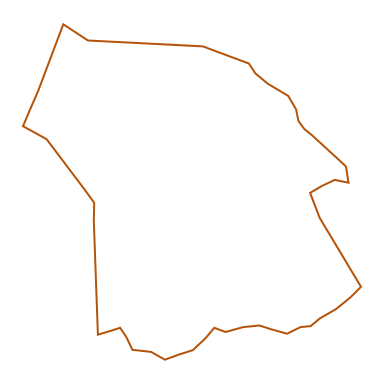 outline of Pedro Régis, Paraíba, Brazil
{"feature_id": "56859067B44809734962782", "entity_name": "Pedro Régis", "entity_type": "district", "adm_level": 2, "iso_a3": "BRA", "parent_name": "Brazil", "parent_adm1": "Paraíba", "projection": "albers", "projection_center": [-35.282, -6.668], "detail": "fine", "context": "isolated", "style": "outline", "palette": "amber", "viewbox_px": 384, "rotation_deg": 0, "n_neighbors": 0, "source": "geoboundaries", "source_scale": "gbopen_adm2", "svg_char_len": 708}
<svg xmlns="http://www.w3.org/2000/svg" viewBox="0 0 384 384"><path d="M361.0,286.8L319.7,217.9L310.1,192.9L321.8,186.0L334.7,179.9L348.5,182.7L346.0,166.5L337.8,158.9L324.5,146.7L312.6,135.8L304.2,128.9L298.4,120.9L296.1,109.4L288.2,95.9L267.7,83.7L255.4,73.4L249.0,63.6L202.9,46.4L107.7,41.5L87.9,40.5L63.3,24.3L38.1,91.1L30.5,108.5L23.0,126.2L46.6,139.2L83.5,188.1L94.2,202.8L93.8,220.5L97.9,334.7L110.5,330.9L120.1,327.8L126.3,337.0L132.4,349.8L151.1,351.9L164.9,359.7L178.5,354.7L192.8,350.2L205.8,337.9L214.3,327.8L225.6,332.0L243.1,327.1L259.6,325.5L270.9,329.2L287.1,333.7L300.5,327.1L310.7,326.1L319.7,318.5L336.3,308.9L350.7,297.1L361.0,286.8Z" fill="none" stroke="#b45309" stroke-width="2"/></svg>